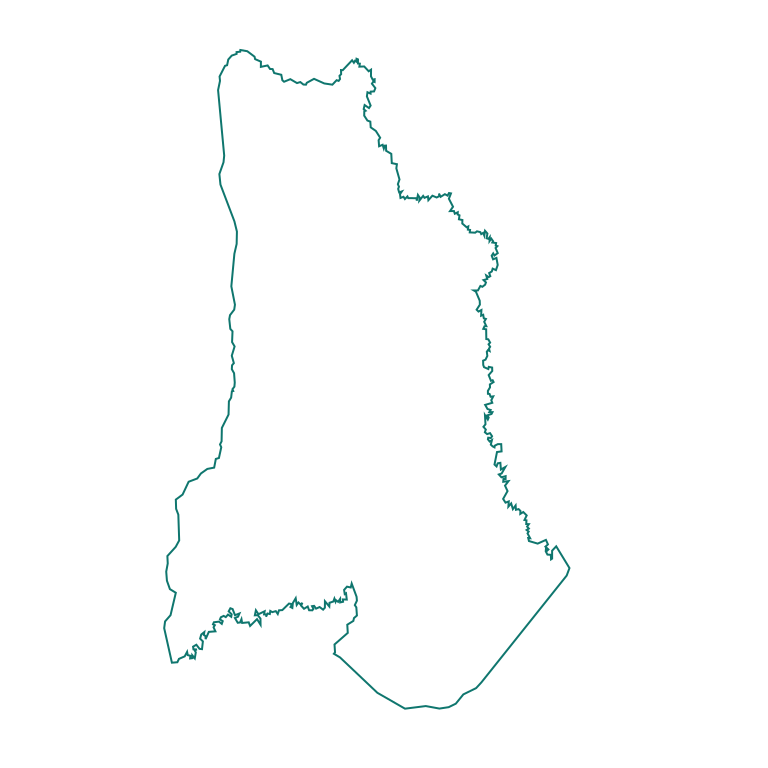 Prathai, Nakhon Ratchasima, Thailand, rotated 5°
{"feature_id": "78962969B10005729924667", "entity_name": "Prathai", "entity_type": "district", "adm_level": 2, "iso_a3": "THA", "parent_name": "Thailand", "parent_adm1": "Nakhon Ratchasima", "projection": "equal_earth", "projection_center": [102.699, 15.58], "detail": "fine", "context": "isolated", "style": "outline", "palette": "teal", "viewbox_px": 768, "rotation_deg": 5, "n_neighbors": 0, "source": "geoboundaries", "source_scale": "gbopen_adm2", "svg_char_len": 6102}
<svg xmlns="http://www.w3.org/2000/svg" viewBox="0 0 768 768"><g transform="rotate(5 384 384)"><path d="M480.5,267.3L479.1,264.3L481.6,262.5L482.2,259.6L485.6,260.8L486.9,255.5L485.0,248.6L481.8,250.3L480.1,246.8L481.4,244.4L482.8,246.4L485.9,243.7L483.3,238.8L484.9,236.8L483.2,236.3L483.4,233.8L479.6,233.6L480.2,232.2L478.2,229.8L476.7,232.4L476.5,228.5L475.4,230.3L473.5,229.9L473.9,225.1L471.3,222.6L471.0,227.5L469.6,224.8L467.8,226.2L466.7,224.3L463.3,223.8L461.7,225.3L456.2,225.5L456.3,223.0L454.1,222.9L454.2,219.7L452.7,220.7L448.0,217.3L447.8,213.8L444.3,213.4L444.5,209.4L442.6,208.7L442.5,206.5L439.7,208.2L438.6,205.6L434.7,206.0L437.3,201.4L432.5,193.8L434.1,188.3L432.1,188.1L430.9,190.8L428.1,189.6L424.1,192.6L422.2,189.5L422.7,192.0L420.2,193.6L415.8,192.2L412.2,197.0L411.4,193.3L408.1,195.0L406.6,193.2L403.2,198.3L403.2,195.1L401.3,192.7L400.7,198.5L400.1,196.1L391.9,196.7L391.0,195.1L388.7,197.9L387.1,195.8L384.2,197.2L383.4,193.5L385.0,190.6L382.4,191.8L381.1,188.4L381.7,186.2L380.4,183.7L381.6,178.9L377.5,168.1L377.7,163.9L372.5,163.3L371.2,154.1L365.8,151.5L365.2,146.3L364.0,146.5L363.3,149.5L361.8,145.8L358.4,147.6L357.4,141.6L358.7,139.0L353.8,132.6L348.4,129.5L347.5,123.8L344.5,123.0L340.9,118.4L340.6,114.0L341.8,113.4L339.8,111.9L340.4,107.8L345.0,110.4L346.4,107.8L341.9,99.0L342.1,94.8L345.3,95.9L345.2,93.9L348.6,93.4L349.6,90.0L345.8,85.9L347.1,83.5L348.3,83.9L348.1,81.2L346.2,81.8L344.2,78.6L343.7,72.0L341.5,73.8L336.6,69.4L331.8,70.0L332.0,67.0L330.1,67.0L329.8,62.9L328.3,62.4L328.3,65.2L327.0,64.5L326.0,66.6L324.0,64.3L315.5,75.0L313.8,75.0L314.3,79.1L312.8,80.9L313.6,84.0L312.4,86.0L310.3,85.5L306.5,90.3L298.3,89.8L287.7,86.1L280.8,90.7L280.2,92.6L277.6,92.7L274.3,90.5L271.1,91.8L264.1,88.5L258.1,91.6L256.3,90.3L254.7,84.9L247.5,83.8L245.6,80.0L243.0,80.1L240.3,76.8L233.7,78.8L233.3,73.6L227.3,71.6L226.5,69.2L218.8,64.4L211.8,63.8L211.8,65.5L208.2,66.2L208.4,68.0L203.7,70.1L200.6,74.3L199.9,80.1L197.9,80.9L193.4,92.0L194.2,96.3L193.1,105.7L204.9,170.4L204.8,177.1L201.7,189.2L203.7,199.6L220.8,235.0L224.2,245.0L225.0,257.3L223.6,267.3L223.4,300.0L228.6,318.0L228.3,323.0L224.6,328.8L224.2,332.9L226.1,342.5L228.5,344.7L229.0,355.5L231.9,359.6L229.9,369.1L232.6,376.3L231.0,378.6L231.1,382.5L233.7,386.3L235.2,395.6L235.2,399.7L233.5,402.4L234.4,404.1L233.1,404.5L232.9,410.9L231.0,414.8L231.8,428.0L226.3,441.9L227.2,455.3L225.9,458.5L227.4,461.2L226.0,472.1L223.0,473.3L222.1,482.1L215.4,484.0L209.4,489.1L206.2,494.4L197.9,498.4L193.0,511.7L186.7,517.3L187.8,526.5L190.5,532.1L193.6,557.7L190.7,564.4L183.2,574.3L184.2,581.6L183.4,589.9L184.9,598.9L188.6,607.0L194.8,610.1L191.5,632.9L186.6,639.6L186.3,646.4L197.0,680.1L202.4,679.2L203.7,675.7L209.2,672.7L211.2,668.0L212.1,671.2L214.8,671.6L214.8,674.3L217.0,673.8L216.7,671.0L219.4,673.8L219.9,667.7L218.6,665.9L220.7,664.8L217.3,664.9L216.7,662.3L219.8,660.1L223.3,663.9L225.8,664.0L226.0,656.2L223.0,653.7L223.8,649.5L226.6,646.8L226.4,649.7L228.2,650.7L228.5,653.7L231.1,646.2L237.6,645.1L235.4,641.2L236.5,639.0L234.6,638.3L235.3,636.2L240.3,635.1L243.3,637.1L244.0,634.3L241.1,632.8L241.8,630.6L244.5,629.0L246.7,630.0L248.7,627.3L252.1,629.2L252.3,626.7L249.1,624.0L250.5,620.8L252.8,621.4L255.7,627.3L260.0,625.2L258.9,628.5L255.9,630.1L259.1,634.6L261.4,634.1L262.5,630.7L263.5,634.4L270.0,633.2L271.7,636.7L278.0,629.3L282.0,634.6L281.4,628.5L278.4,625.3L275.5,625.7L276.1,620.6L279.0,624.3L284.9,620.8L284.6,624.0L286.9,623.8L286.8,626.1L288.0,622.8L290.3,623.1L290.5,620.0L292.6,621.0L296.0,619.7L298.2,622.4L299.1,618.6L302.4,618.1L308.5,611.0L311.6,611.3L310.3,614.3L312.2,615.1L312.3,610.1L314.7,605.1L316.3,611.7L317.8,609.1L319.9,610.8L321.8,609.2L320.7,612.0L323.9,614.9L327.4,612.3L329.1,615.9L332.3,615.7L333.3,614.2L331.7,611.6L333.7,611.1L335.9,613.7L339.3,611.8L343.0,614.1L344.6,612.0L344.1,605.6L348.9,610.4L348.8,606.7L352.5,605.1L353.3,602.1L354.7,605.1L355.1,603.6L357.3,605.0L359.0,601.9L359.4,605.4L362.2,604.5L361.8,602.2L365.7,602.0L364.4,595.8L363.2,596.7L362.2,592.6L364.8,589.1L368.6,589.6L369.2,585.6L375.2,598.3L375.9,602.2L374.2,606.8L375.9,608.9L377.2,617.0L374.5,619.8L374.1,622.7L368.4,627.0L369.6,635.1L357.4,647.8L358.6,655.6L357.6,657.1L364.0,660.2L404.3,692.2L433.2,705.6L453.7,701.2L467.5,702.5L476.6,700.3L483.4,696.2L490.1,686.3L502.3,678.9L507.0,672.8L582.7,558.9L584.8,551.2L569.7,530.7L566.0,535.4L566.7,543.3L565.7,544.1L565.1,539.6L561.7,539.7L559.7,536.6L559.7,535.0L560.9,536.0L562.2,534.5L559.0,532.0L561.3,529.5L558.9,525.2L551.0,529.6L542.1,527.8L541.1,524.9L543.0,524.9L540.0,520.3L541.0,518.4L538.8,517.0L540.9,515.4L539.0,513.6L540.5,511.0L537.9,511.1L537.8,507.4L535.8,507.2L537.6,502.5L533.9,499.4L531.1,501.5L531.0,498.6L529.0,496.9L526.4,497.8L525.7,493.5L523.3,497.4L521.1,491.9L518.6,495.3L518.5,490.1L515.4,491.6L512.7,488.1L516.4,479.9L513.4,474.7L516.5,469.9L511.3,471.0L511.3,468.2L513.4,468.1L513.2,465.2L509.1,466.7L506.3,464.1L509.0,462.9L512.1,456.1L507.9,459.0L506.8,452.4L504.2,453.1L503.3,456.3L501.1,454.6L502.5,441.9L507.0,440.9L506.0,433.7L502.6,434.0L499.7,435.8L499.6,437.5L497.7,436.7L495.7,435.1L496.4,430.5L494.3,432.1L492.3,430.0L492.5,428.4L495.2,428.5L496.2,426.6L493.9,423.7L491.1,424.9L488.7,423.3L489.4,420.5L486.8,418.0L488.6,415.3L487.3,406.2L490.5,410.4L491.2,408.3L489.7,406.2L493.7,404.5L494.5,402.6L491.4,402.8L492.5,400.6L489.3,399.9L486.6,396.0L493.5,393.3L492.3,390.8L493.9,386.8L491.3,387.4L490.0,384.7L488.4,384.7L488.1,381.8L489.9,378.1L489.5,375.2L493.0,372.5L491.9,370.8L490.3,371.5L487.5,366.0L490.7,361.6L490.3,358.2L486.9,357.8L486.6,360.0L482.2,358.5L481.2,356.4L480.7,352.1L483.0,350.9L484.5,347.0L483.6,342.9L484.6,341.2L486.3,341.9L485.5,339.6L486.5,337.7L484.7,335.3L486.1,333.5L484.0,330.4L482.0,330.3L481.0,320.6L478.1,320.4L479.1,317.7L480.9,317.5L478.4,313.3L479.8,310.3L477.7,309.9L476.8,306.4L474.8,307.5L474.6,301.8L471.8,303.6L469.8,301.9L472.6,296.6L472.1,292.7L467.5,284.0L465.4,283.0L469.4,282.6L471.5,277.9L473.5,278.6L476.1,276.2L476.7,273.9L474.1,271.8L477.7,270.4L476.4,267.0L479.0,268.4L480.5,267.3Z" fill="none" stroke="#0f766e" stroke-width="2"/></g></svg>